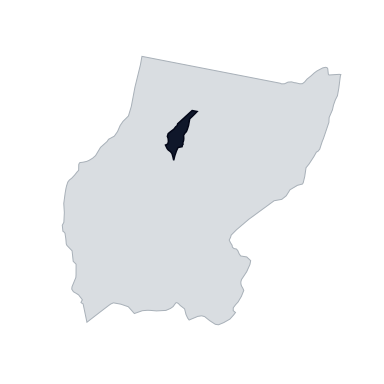 Uganda, with Mukono highlighted, rotated 191°
{"feature_id": "UGA-3075", "entity_name": "Mukono", "entity_type": "District", "adm_level": 1, "iso_a3": "UGA", "parent_name": "Uganda", "parent_adm1": "", "projection": "robinson", "projection_center": [32.781, 0.341], "detail": "fine", "context": "in_parent", "style": "filled", "palette": "ink", "viewbox_px": 384, "rotation_deg": 191, "n_neighbors": 0, "source": "natural_earth", "source_scale": "10m", "svg_char_len": 2767}
<svg xmlns="http://www.w3.org/2000/svg" viewBox="0 0 384 384"><g transform="rotate(191 192 192)"><path d="M267.0,315.6L262.0,315.6L253.8,315.6L245.7,315.6L237.5,315.6L229.3,315.6L221.2,315.6L213.0,315.6L204.9,315.6L196.7,315.6L188.5,315.6L180.4,315.6L172.2,315.6L164.0,315.6L155.9,315.6L147.7,315.6L139.5,315.6L131.4,315.6L126.6,315.6L125.6,315.5L124.9,315.2L121.8,315.9L118.7,318.2L115.3,319.1L111.6,318.8L111.2,319.0L109.3,318.9L106.7,318.8L104.3,319.4L102.5,321.4L100.6,324.8L97.3,328.7L94.7,332.2L92.4,334.7L87.3,338.8L84.6,339.9L83.2,339.8L82.3,339.0L80.7,333.8L79.8,333.0L69.9,335.6L68.3,335.7L68.5,334.1L67.7,321.8L67.6,314.3L68.9,309.6L69.7,304.2L69.8,299.5L71.6,291.3L70.9,286.5L73.2,269.4L73.8,266.6L74.8,258.4L76.2,255.9L77.5,254.9L79.2,249.8L82.5,241.7L84.7,237.6L84.3,228.5L84.6,222.3L85.1,220.9L89.9,218.6L96.2,212.9L98.8,206.2L102.5,201.9L109.7,199.1L131.1,176.0L141.0,163.6L145.3,157.2L145.5,154.9L146.3,151.9L144.6,149.6L142.5,147.4L141.8,145.5L140.0,144.5L137.5,144.5L135.8,143.1L133.9,140.3L132.0,138.5L125.9,138.7L121.3,135.8L121.3,131.9L123.1,124.2L126.7,115.5L126.9,113.0L126.4,111.0L125.5,109.2L123.9,107.4L122.4,105.3L123.6,99.0L125.8,92.8L127.7,89.7L129.4,86.2L128.9,83.4L126.3,82.0L127.7,79.2L130.5,74.5L136.0,69.8L140.7,66.7L143.9,66.6L150.1,69.1L155.8,72.1L158.9,72.3L162.6,71.0L170.4,65.8L172.2,67.4L174.5,70.6L177.0,75.9L181.8,78.3L184.2,80.0L185.9,80.5L186.8,80.0L188.7,75.9L190.9,73.6L195.0,70.8L204.2,68.5L210.7,67.8L213.5,67.3L218.1,66.0L225.4,61.7L232.6,67.2L240.4,68.3L248.0,68.2L250.3,66.6L251.6,65.3L259.6,56.3L270.3,44.1L277.5,61.3L279.9,62.3L279.6,63.8L279.0,65.2L283.7,69.4L289.4,71.5L291.5,73.7L291.7,76.0L289.7,86.0L290.1,88.9L292.0,99.0L295.4,101.3L298.5,111.4L304.6,115.7L305.5,117.0L306.9,121.9L308.8,127.3L310.3,128.5L311.2,128.8L313.0,134.6L312.0,137.8L313.4,147.5L315.7,156.3L316.3,166.7L316.4,171.3L316.3,174.1L315.8,178.1L314.7,180.3L312.7,182.6L310.5,186.1L308.6,189.8L307.4,191.7L308.4,197.3L308.1,198.8L307.6,199.5L304.8,200.4L301.3,201.9L299.1,203.4L296.0,206.2L293.6,209.3L290.3,218.4L284.9,225.5L284.0,227.8L278.9,232.0L276.6,237.2L275.2,243.6L273.2,248.2L268.9,254.5L267.9,264.4L268.0,284.2L266.9,306.8L267.0,315.6Z" fill="#d9dde1" stroke="#a8b0b8" stroke-width="1"/><path d="M216.0,219.6L217.4,222.8L219.0,225.9L220.8,227.5L223.3,228.7L224.7,229.9L227.0,233.0L225.0,234.5L224.8,237.0L225.6,239.9L226.8,241.9L226.5,244.8L224.5,247.2L221.8,250.2L220.5,252.8L219.2,254.4L219.1,256.2L215.1,261.6L207.4,272.0L202.3,272.0L203.6,270.0L205.7,266.9L208.2,263.4L208.1,256.6L208.6,252.3L209.1,250.1L210.1,248.6L211.1,246.1L210.3,243.1L210.1,241.3L210.2,239.6L210.5,238.4L209.9,237.3L210.4,236.0L210.4,234.6L214.2,233.0L215.1,229.5L215.8,224.4L216.0,219.6Z" fill="#0f172a" stroke="#020617" stroke-width="1.5"/></g></svg>